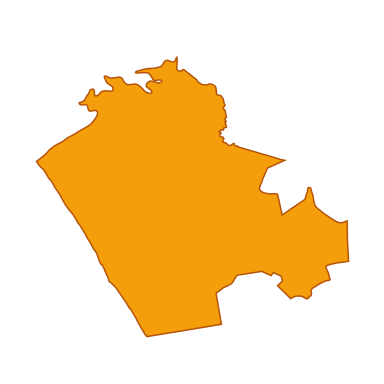 Chongoene, Gaza, Mozambique (Natural Earth projection), rotated 80°
{"feature_id": "85939544B23893317259127", "entity_name": "Chongoene", "entity_type": "district", "adm_level": 2, "iso_a3": "MOZ", "parent_name": "Mozambique", "parent_adm1": "Gaza", "projection": "natural_earth1", "projection_center": [33.799, -24.885], "detail": "fine", "context": "isolated", "style": "filled", "palette": "amber", "viewbox_px": 384, "rotation_deg": 80, "n_neighbors": 0, "source": "geoboundaries", "source_scale": "gbopen_adm2", "svg_char_len": 5903}
<svg xmlns="http://www.w3.org/2000/svg" viewBox="0 0 384 384"><g transform="rotate(80 192 192)"><path d="M56.7,183.4L56.6,183.8L59.1,185.3L60.1,186.2L60.9,187.3L60.7,188.5L59.2,191.4L58.0,193.2L58.1,194.6L58.4,196.0L59.2,197.0L61.6,198.9L62.6,199.9L63.0,201.1L63.3,202.5L63.5,207.2L63.5,208.9L62.8,213.9L62.8,218.0L63.2,221.5L63.4,224.4L63.5,226.0L64.1,226.6L64.5,226.8L64.9,226.7L65.2,226.4L65.8,220.2L66.9,215.1L67.7,213.9L70.4,212.4L74.1,211.0L75.2,209.8L75.8,208.8L76.0,204.2L76.4,203.2L77.0,202.7L77.7,202.6L78.3,203.1L78.7,203.8L78.8,205.8L78.6,206.9L77.0,209.6L76.1,211.7L75.6,213.4L75.6,214.5L76.1,216.1L77.6,218.0L78.6,218.5L79.8,218.6L80.8,218.3L85.1,214.3L86.5,214.1L87.2,214.4L87.6,214.9L87.7,215.7L87.4,216.8L86.2,219.2L85.5,220.2L84.5,221.1L81.4,223.0L77.6,226.0L76.4,227.8L75.8,229.0L75.6,230.2L75.7,230.9L75.5,232.2L75.4,235.9L74.5,237.7L73.5,238.7L71.4,240.0L68.5,240.8L67.2,241.9L66.5,242.9L66.1,244.4L66.1,248.3L65.7,252.4L65.1,253.5L62.9,256.6L62.7,257.3L62.9,258.0L63.2,258.4L68.3,257.4L70.3,256.4L74.3,252.2L75.7,251.8L77.6,252.0L78.5,252.9L78.8,253.9L78.7,254.5L77.6,258.0L77.1,261.9L77.7,264.3L80.5,267.7L80.4,268.5L80.8,269.6L80.6,270.5L79.9,271.0L79.1,271.1L75.4,270.6L74.7,270.7L74.0,271.0L73.5,271.7L73.4,272.7L73.4,273.6L73.8,274.4L74.6,275.0L76.9,276.6L78.2,277.8L78.4,278.2L78.9,278.5L79.0,278.9L82.7,281.7L83.0,282.2L83.3,282.4L84.0,284.0L84.0,284.5L84.3,285.4L84.4,287.1L84.3,287.5L85.4,287.6L85.8,287.5L86.3,287.2L86.6,286.7L87.0,285.7L87.4,284.0L87.4,281.7L88.0,280.7L88.8,280.3L89.8,280.0L93.0,279.8L93.8,279.5L94.7,278.5L94.8,273.6L95.2,272.2L95.5,271.7L96.9,271.2L98.1,271.3L99.5,271.8L101.5,273.2L103.2,274.9L103.7,275.2L104.0,275.7L104.8,276.3L104.9,276.7L105.4,276.9L105.7,277.5L106.1,277.7L106.2,278.1L107.0,279.1L107.9,280.5L109.7,284.7L113.2,294.4L114.1,296.0L114.1,296.4L114.7,297.8L114.9,298.9L115.2,299.5L116.6,303.9L117.3,305.7L119.1,309.2L119.5,309.7L119.8,310.5L120.8,313.5L121.7,316.6L123.0,320.2L123.8,321.7L124.1,322.0L125.4,324.6L128.7,328.8L129.9,330.7L130.2,330.9L130.4,331.5L130.7,331.8L130.9,332.4L131.2,332.7L131.4,333.2L132.2,334.9L132.9,335.8L134.7,339.7L135.8,339.4L138.7,338.2L141.7,336.3L143.4,334.9L144.5,334.2L149.5,332.1L150.4,332.0L151.0,331.6L152.7,331.1L157.4,328.4L162.3,326.6L162.8,326.6L166.5,325.0L167.3,324.5L172.6,322.3L181.7,319.3L187.4,316.6L191.3,314.3L192.7,313.6L193.2,313.2L196.1,312.1L197.2,311.5L199.0,311.0L202.5,309.7L204.5,308.7L204.9,308.4L208.1,307.0L208.5,307.0L209.6,306.4L210.8,306.0L212.4,305.3L212.8,305.3L213.8,304.9L215.0,304.3L216.5,304.0L218.4,303.3L218.7,303.3L226.1,300.3L226.5,300.3L229.0,299.4L229.4,299.5L233.2,297.7L234.7,297.0L236.4,296.3L238.8,296.1L245.1,295.0L247.1,294.2L248.9,292.9L250.0,292.4L251.0,292.3L253.0,291.6L253.5,291.7L255.0,291.4L255.8,291.0L256.3,291.1L257.8,290.6L258.5,290.3L259.0,290.3L262.0,289.4L265.1,289.3L266.3,288.7L266.8,288.0L271.2,284.8L274.1,283.0L281.9,279.5L291.2,275.3L294.8,274.2L297.3,272.6L305.5,269.5L315.1,266.4L324.0,263.0L326.6,261.5L327.4,186.0L296.1,185.9L295.2,184.7L294.9,183.7L294.5,183.3L294.1,182.0L292.0,178.5L291.3,176.6L290.8,174.1L290.3,172.9L290.3,172.5L289.9,171.0L289.2,169.3L288.9,168.9L288.7,168.4L287.1,166.8L286.0,166.0L284.5,164.6L284.1,164.4L283.6,163.7L282.6,163.0L281.8,162.1L282.3,137.0L288.1,128.7L285.5,125.8L290.2,118.9L295.2,118.3L299.2,124.0L314.2,113.3L313.5,111.9L313.4,111.0L313.0,110.2L312.8,109.2L312.7,106.7L313.2,104.0L313.6,102.6L314.2,101.2L314.9,100.3L315.3,100.1L315.4,99.7L316.1,99.1L316.5,98.3L316.8,98.2L317.1,96.7L316.4,95.3L315.6,94.6L315.4,94.1L315.0,93.9L314.9,93.3L314.5,93.1L314.4,92.7L313.2,92.0L312.5,91.9L310.1,92.0L309.7,91.9L308.8,91.4L307.9,90.1L307.5,89.8L306.5,86.9L304.9,83.4L304.9,83.0L304.1,80.9L304.1,80.5L303.3,78.3L302.8,75.1L302.7,72.1L302.6,71.6L302.2,71.3L300.2,71.3L298.7,71.6L295.3,71.7L293.4,72.4L292.9,72.4L292.2,72.7L289.6,73.2L288.9,73.2L288.5,73.1L288.2,72.6L287.5,70.5L287.3,67.5L287.2,67.0L287.0,61.2L287.4,54.2L287.4,49.8L268.0,47.5L247.4,44.3L248.3,49.1L248.3,50.7L248.0,51.7L246.5,54.7L241.1,60.7L235.9,66.0L233.5,68.2L232.3,69.1L231.2,70.2L229.5,71.5L228.3,72.4L227.0,73.0L225.5,73.4L221.8,73.6L216.1,73.6L214.3,73.8L213.7,74.0L208.6,74.4L208.3,74.9L207.9,76.2L207.9,76.7L208.6,77.5L209.8,77.8L210.6,77.8L212.2,78.4L213.5,79.5L216.2,80.7L218.1,81.6L218.9,82.2L230.3,107.2L209.1,108.1L208.0,110.6L207.6,114.3L207.0,116.8L206.2,118.9L205.9,120.1L204.8,122.2L204.4,122.4L204.2,122.9L203.8,123.1L203.6,123.6L202.0,124.7L201.3,125.0L200.4,125.0L197.9,124.0L197.6,123.7L197.0,123.5L196.1,122.9L195.9,122.6L195.5,122.4L195.1,122.0L190.5,119.5L188.7,118.1L187.1,117.3L186.8,116.9L186.3,116.7L184.5,115.3L183.7,115.0L181.6,113.6L176.9,95.2L175.0,99.9L172.5,104.6L155.6,138.8L155.4,139.0L154.7,139.2L154.3,139.8L154.2,140.2L154.3,140.9L153.6,142.0L152.9,142.2L152.1,141.8L151.8,142.0L151.5,142.6L151.4,143.1L152.2,144.4L152.9,146.5L152.6,147.6L152.4,148.1L151.5,148.5L150.8,149.2L149.7,150.0L149.4,150.4L149.2,151.3L148.5,152.1L148.3,152.6L147.8,152.8L146.1,152.4L145.4,151.6L144.6,151.4L143.7,151.7L143.2,152.5L142.6,154.2L142.3,154.5L141.6,154.8L140.4,154.8L139.4,153.3L138.8,153.2L138.0,154.3L137.3,154.7L136.3,152.8L135.8,152.6L136.2,151.9L136.3,150.3L135.8,149.9L134.6,149.8L134.3,149.0L134.3,147.0L133.7,146.7L133.1,146.7L130.9,147.2L129.0,147.5L128.7,146.2L128.2,146.1L126.9,146.7L125.5,146.8L125.1,146.7L124.5,145.1L117.8,145.2L117.2,145.5L115.9,146.4L114.4,146.5L113.6,146.0L112.9,144.8L112.0,144.4L110.3,145.0L106.7,145.0L105.2,145.3L104.0,146.2L102.9,146.3L102.5,146.7L101.6,147.8L101.3,149.0L100.6,150.4L100.1,150.7L99.4,150.8L96.9,150.5L93.1,150.4L91.8,150.9L90.2,152.5L89.4,153.6L88.7,155.5L88.7,156.3L89.0,158.3L89.0,159.4L88.4,162.4L87.9,163.5L84.6,167.0L83.2,167.7L82.4,168.0L82.1,168.0L70.2,178.7L69.9,179.2L69.9,179.6L70.7,181.2L70.9,182.4L70.4,184.0L69.6,185.0L68.7,185.4L67.7,185.6L60.3,183.8L56.7,183.4Z" fill="#f59e0b" stroke="#b45309" stroke-width="1.5"/></g></svg>